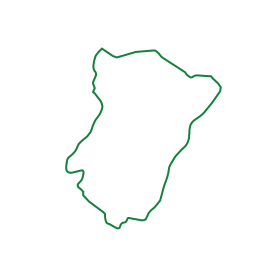 map outline of Nakhon Pathom (Equal Earth projection), rotated 35°
{"feature_id": "THA-418", "entity_name": "Nakhon Pathom", "entity_type": "Province", "adm_level": 1, "iso_a3": "THA", "parent_name": "Thailand", "parent_adm1": "", "projection": "equal_earth", "projection_center": [100.101, 13.917], "detail": "fine", "context": "isolated", "style": "outline", "palette": "green", "viewbox_px": 256, "rotation_deg": 35, "n_neighbors": 0, "source": "natural_earth", "source_scale": "10m", "svg_char_len": 1882}
<svg xmlns="http://www.w3.org/2000/svg" viewBox="0 0 256 256"><g transform="rotate(35 128 128)"><path d="M166.4,38.0L169.2,38.8L176.3,39.8L180.7,41.5L181.7,43.5L182.4,45.2L182.4,59.1L181.5,71.6L181.2,73.4L180.4,76.6L177.7,84.0L177.3,86.7L177.3,89.2L178.7,92.7L179.6,94.6L181.3,97.1L181.8,98.1L182.4,99.1L183.0,99.9L183.6,101.0L184.3,102.7L185.2,106.0L185.4,108.2L185.4,110.0L184.4,114.5L183.1,123.9L183.7,133.6L184.1,135.7L184.4,136.8L186.8,141.7L188.4,145.9L190.9,155.1L195.9,168.9L195.3,177.7L194.2,181.5L193.7,185.4L194.9,192.7L193.8,194.5L192.3,195.7L180.2,201.3L179.7,201.7L179.6,202.2L180.1,205.2L180.0,206.2L179.6,207.0L179.1,207.6L178.5,208.2L178.0,208.9L177.6,209.8L177.5,210.9L177.6,212.0L178.2,213.8L178.3,214.8L177.6,215.8L176.3,216.5L167.7,217.4L166.6,217.8L165.4,218.0L164.5,217.8L162.3,216.2L160.3,214.1L158.5,211.6L156.0,211.1L138.2,210.6L129.8,208.8L128.0,205.9L124.6,205.2L121.2,205.0L119.8,204.1L119.2,202.9L119.3,201.5L119.7,198.8L119.8,197.5L119.5,195.6L118.8,193.5L117.2,189.9L116.0,189.0L115.0,188.8L113.6,190.1L107.8,196.7L106.8,197.5L105.7,198.1L103.6,198.5L102.2,198.0L100.9,197.0L99.3,194.7L97.1,190.4L96.5,188.8L96.2,187.4L96.3,186.2L97.5,181.5L97.9,178.8L98.0,177.5L98.0,176.0L97.5,173.2L97.1,171.4L96.9,169.9L96.9,168.6L97.8,164.0L99.3,158.8L99.5,157.4L99.6,153.2L99.4,151.6L99.0,150.0L97.9,146.4L96.9,141.1L96.8,139.6L97.0,134.8L96.9,132.4L96.1,128.3L95.4,126.4L94.7,125.0L92.6,123.1L91.8,122.5L90.0,121.6L81.2,118.8L78.7,118.5L77.9,114.4L73.8,111.6L72.9,109.7L71.6,103.3L70.6,101.7L69.3,100.8L67.7,100.4L65.0,98.4L63.5,96.1L61.4,91.5L60.6,89.1L60.1,87.1L60.3,82.6L61.1,77.9L74.5,77.7L78.4,76.6L90.8,61.2L104.3,50.0L106.0,48.9L106.8,48.9L110.2,49.2L114.0,50.4L115.4,50.6L142.7,49.6L145.5,50.6L148.7,50.8L150.3,50.6L151.3,49.8L151.8,48.8L152.2,47.8L152.8,46.8L153.6,45.9L154.7,45.1L166.4,38.0Z" fill="none" stroke="#15803d" stroke-width="2"/></g></svg>